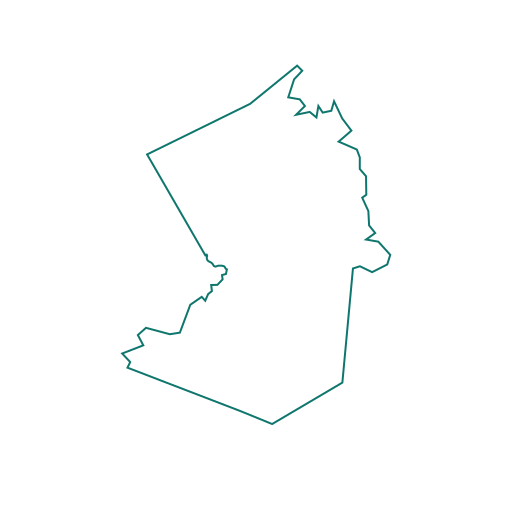 Butler, Kentucky, United States of America, rotated 132°
{"feature_id": "52423323B68914113010004", "entity_name": "Butler", "entity_type": "district", "adm_level": 2, "iso_a3": "USA", "parent_name": "United States of America", "parent_adm1": "Kentucky", "projection": "robinson", "projection_center": [-86.694, 37.197], "detail": "fine", "context": "isolated", "style": "outline", "palette": "teal", "viewbox_px": 512, "rotation_deg": 132, "n_neighbors": 0, "source": "geoboundaries", "source_scale": "gbopen_adm2", "svg_char_len": 1167}
<svg xmlns="http://www.w3.org/2000/svg" viewBox="0 0 512 512"><g transform="rotate(132 256 256)"><path d="M381.3,162.8L370.1,131.6L292.3,107.1L200.4,175.6L194.1,171.9L190.3,158.9L174.5,152.8L165.3,157.0L163.5,174.7L170.1,185.2L159.2,182.8L157.6,192.4L147.4,202.6L141.6,216.1L136.7,215.0L123.1,227.6L121.9,237.1L113.3,244.8L109.4,252.3L115.7,271.1L99.0,269.0L96.1,284.0L88.8,301.5L97.7,297.2L104.8,302.4L102.8,310.0L112.6,303.8L113.0,312.5L124.2,320.7L111.8,320.0L110.3,328.3L116.5,338.2L99.2,345.9L87.4,345.6L87.0,352.8L146.9,362.2L253.4,404.9L258.3,389.8L289.4,294.2L288.6,294.2L288.0,293.6L288.2,292.8L289.1,292.1L289.8,291.8L290.7,291.0L291.5,289.6L291.7,288.6L291.6,287.4L291.1,285.8L290.9,284.9L290.9,283.7L291.0,282.6L291.5,281.1L291.6,280.5L291.0,279.0L288.8,277.8L288.0,277.1L286.2,275.1L285.6,274.1L285.1,273.1L285.0,272.5L285.2,271.3L285.6,270.5L285.7,269.7L285.4,268.7L289.5,266.3L292.9,268.5L295.7,265.2L303.3,265.4L307.5,269.9L311.6,265.3L316.3,266.1L323.2,263.8L322.7,269.0L336.2,272.2L363.9,261.3L371.8,267.7L383.0,289.7L393.8,290.9L397.8,280.0L418.0,290.2L419.0,278.5L425.0,276.8L381.3,162.8Z" fill="none" stroke="#0f766e" stroke-width="2"/></g></svg>